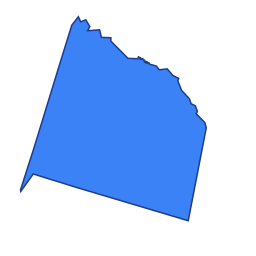 Wood, Texas, United States of America, rotated 197°
{"feature_id": "52423323B61780035147901", "entity_name": "Wood", "entity_type": "district", "adm_level": 2, "iso_a3": "USA", "parent_name": "United States of America", "parent_adm1": "Texas", "projection": "robinson", "projection_center": [-95.391, 32.779], "detail": "fine", "context": "isolated", "style": "filled", "palette": "blue", "viewbox_px": 256, "rotation_deg": 197, "n_neighbors": 0, "source": "geoboundaries", "source_scale": "gbopen_adm2", "svg_char_len": 1627}
<svg xmlns="http://www.w3.org/2000/svg" viewBox="0 0 256 256"><g transform="rotate(197 128 128)"><path d="M43.3,56.9L53.2,151.0L56.1,155.6L67.0,161.6L66.5,164.1L70.1,168.9L74.9,169.7L77.7,173.8L87.7,179.6L94.1,187.6L94.0,190.2L100.3,191.3L107.8,196.0L115.2,192.8L118.9,195.5L126.3,195.4L126.4,195.5L126.5,195.8L126.8,196.1L127.0,196.1L127.0,196.4L127.7,196.4L127.8,196.3L127.9,196.2L128.0,196.0L128.3,195.8L128.5,195.7L128.8,195.7L129.0,195.5L129.3,195.6L129.3,195.8L129.2,196.0L128.9,196.1L128.7,196.4L128.7,196.5L128.8,196.7L129.2,196.5L129.3,196.5L129.6,196.6L129.8,196.8L130.0,196.8L130.1,196.7L129.9,196.2L129.8,195.7L130.0,195.7L130.1,195.9L130.2,196.1L130.2,196.3L130.4,196.4L130.5,196.4L130.5,196.1L130.4,195.8L130.6,195.8L130.7,195.7L130.8,195.7L130.9,195.8L131.0,196.1L131.5,196.2L131.9,196.3L132.0,196.5L131.9,196.8L131.8,197.1L131.6,197.3L131.9,197.6L132.0,197.6L132.3,197.7L132.5,197.5L133.0,197.6L133.4,197.7L133.6,197.8L133.9,198.1L133.9,198.3L133.9,198.5L134.0,198.6L134.3,198.6L134.6,198.4L134.6,198.2L134.8,197.9L135.0,198.0L135.3,198.0L135.5,198.0L135.6,197.9L135.6,197.7L135.6,197.4L135.8,197.3L136.2,197.4L136.4,197.4L136.5,197.4L136.6,197.5L136.4,197.8L136.4,198.2L136.4,198.5L136.5,198.7L136.5,198.8L136.9,198.8L137.0,198.7L137.3,198.4L137.5,198.4L137.9,198.6L138.0,198.6L138.4,199.1L138.6,199.2L138.8,199.2L138.9,197.1L148.4,194.6L169.7,206.0L170.8,209.3L179.9,206.9L183.9,213.6L195.0,209.2L194.2,213.9L200.0,219.1L204.3,215.7L208.0,219.9L211.8,209.9L212.0,174.3L212.1,79.5L212.7,37.7L212.0,36.1L205.2,56.3L186.1,56.2L160.5,56.1L43.3,56.9Z" fill="#3b82f6" stroke="#1e3a8a" stroke-width="1.5"/></g></svg>